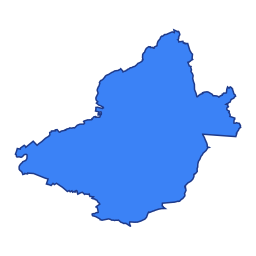 Dumbravita, Maramures, Romania (Natural Earth projection)
{"feature_id": "2599482B34129756727507", "entity_name": "Dumbravita", "entity_type": "district", "adm_level": 2, "iso_a3": "ROU", "parent_name": "Romania", "parent_adm1": "Maramures", "projection": "natural_earth1", "projection_center": [23.656, 47.6], "detail": "fine", "context": "isolated", "style": "filled", "palette": "blue", "viewbox_px": 256, "rotation_deg": 0, "n_neighbors": 0, "source": "geoboundaries", "source_scale": "gbopen_adm2", "svg_char_len": 5729}
<svg xmlns="http://www.w3.org/2000/svg" viewBox="0 0 256 256"><path d="M209.1,147.4L208.8,147.2L207.7,147.2L207.3,146.7L207.2,144.8L206.8,143.3L204.9,139.0L204.4,137.6L202.8,134.7L202.7,134.2L235.8,136.6L236.6,134.1L236.4,133.3L236.9,133.1L236.9,132.4L238.8,129.6L239.0,128.6L239.8,128.1L240.0,127.6L240.6,127.4L240.4,126.8L240.5,125.7L240.3,125.5L240.2,124.9L239.7,124.7L239.5,123.6L239.2,123.3L238.4,123.3L236.3,122.7L235.6,123.2L234.0,123.2L233.9,122.6L234.0,120.4L234.4,119.4L234.7,119.3L234.8,118.1L229.8,116.4L230.2,115.1L229.5,113.4L228.8,112.4L229.3,112.0L229.3,111.5L229.0,110.9L227.7,110.4L226.9,109.6L226.8,108.5L227.1,107.6L227.3,107.3L227.8,107.3L228.4,106.7L227.6,105.6L227.6,105.2L227.8,105.0L227.1,104.4L226.0,104.3L226.6,103.8L228.0,103.4L228.7,102.6L230.0,102.2L231.1,99.5L233.5,98.3L234.1,97.8L234.4,97.0L235.6,96.2L235.0,94.7L233.9,93.9L233.2,91.4L232.6,89.8L232.6,89.0L231.7,88.2L231.6,87.7L230.2,86.9L229.0,88.2L227.6,86.9L226.8,89.2L226.4,92.8L225.3,93.1L223.7,93.1L222.7,94.2L222.2,94.3L222.2,95.2L220.3,95.9L218.9,97.1L217.8,96.3L216.3,95.9L214.1,95.7L213.1,95.8L212.3,94.4L208.4,92.1L207.0,91.8L203.9,92.2L203.6,92.7L202.5,92.7L202.2,93.2L202.6,93.3L202.6,93.5L201.3,94.0L200.9,94.0L200.5,94.4L200.1,94.4L199.9,94.7L198.5,95.6L197.8,96.5L197.1,96.8L196.8,96.6L196.1,93.5L194.5,89.5L194.4,84.2L193.4,81.4L192.7,78.4L193.1,75.8L193.0,75.3L192.4,73.7L191.0,71.6L191.1,70.7L191.5,70.0L190.8,67.6L190.8,66.9L191.0,66.5L189.3,66.0L187.9,62.3L189.2,62.0L189.3,61.7L190.1,61.3L191.3,60.2L192.7,59.5L192.1,58.5L192.5,54.2L191.5,53.3L189.8,50.4L187.7,43.5L185.8,43.7L185.8,43.4L184.7,43.5L184.6,42.9L183.4,43.0L182.9,41.3L178.8,41.9L178.8,41.4L178.3,40.2L178.1,40.0L178.3,40.0L178.2,39.5L178.8,38.0L178.6,37.6L178.6,37.0L178.8,36.9L179.2,35.7L179.7,35.0L179.8,34.3L179.0,32.1L178.7,31.7L178.2,31.7L178.0,31.3L177.3,31.6L176.5,31.1L173.9,29.9L174.3,31.6L174.3,32.6L172.2,31.9L167.5,33.9L166.6,34.4L164.4,34.6L163.7,35.4L162.4,36.3L161.8,36.1L160.6,37.2L160.1,38.8L158.3,40.9L157.8,41.8L157.2,43.7L157.0,45.7L154.2,47.1L154.1,47.4L154.1,48.1L153.3,48.1L152.4,47.4L150.6,47.6L150.2,47.4L150.3,46.8L148.7,46.7L146.3,48.4L145.2,50.4L144.5,52.4L143.6,53.0L142.7,54.4L142.5,57.5L143.0,59.7L142.4,59.8L142.3,60.8L141.6,61.5L139.8,62.6L137.9,63.4L136.8,64.7L134.8,66.4L133.1,66.8L131.8,67.6L130.2,67.8L129.1,68.8L127.7,69.3L127.5,69.7L126.2,70.3L126.0,70.7L125.5,71.0L123.8,71.4L123.0,71.9L122.5,70.8L120.7,68.7L120.0,69.5L118.9,69.9L118.4,70.4L114.8,70.9L112.5,72.2L111.8,72.4L108.7,74.4L107.1,75.0L106.1,75.5L105.3,76.2L104.9,76.7L104.9,77.1L103.9,78.1L103.4,78.9L101.3,80.5L100.8,80.5L100.2,81.2L99.5,82.4L99.4,82.7L99.8,83.4L98.9,86.2L98.3,86.9L97.3,89.4L97.2,90.5L98.0,92.7L98.0,93.5L96.0,97.4L95.9,98.4L96.0,99.4L96.4,100.4L97.8,101.8L96.4,103.1L99.0,105.2L100.3,105.6L102.9,107.0L103.4,107.4L103.4,107.9L102.6,107.8L102.3,108.5L97.5,107.2L95.9,107.4L95.9,109.2L95.5,111.0L98.4,111.8L98.6,112.4L100.9,111.8L101.1,112.1L101.4,113.0L101.3,114.1L99.9,113.8L98.1,113.9L98.1,115.0L99.4,114.9L100.6,115.2L99.7,117.2L95.9,117.3L95.9,116.8L95.5,116.8L95.3,116.5L93.6,117.0L93.4,117.6L91.9,118.6L92.1,119.4L91.2,119.8L87.5,119.9L83.9,121.1L83.6,121.5L84.3,122.3L84.5,123.3L83.6,124.1L79.9,124.2L77.3,125.2L74.6,127.9L73.6,127.7L71.3,128.2L69.8,127.9L69.3,128.4L66.6,129.1L66.0,129.6L65.4,129.7L65.6,130.2L61.2,131.1L60.2,131.9L59.5,132.2L59.3,132.2L58.3,131.1L57.1,129.6L55.3,129.9L55.5,130.8L51.5,131.0L51.5,131.6L51.3,131.8L49.7,132.5L49.9,134.9L49.1,135.6L48.9,136.2L45.5,138.2L41.9,141.5L38.7,143.8L37.1,145.3L33.2,141.2L25.8,147.3L25.4,146.3L24.2,145.3L20.5,148.0L20.3,149.1L17.3,148.5L16.4,151.6L15.4,154.2L16.3,154.9L16.4,156.2L16.7,156.8L17.2,157.0L19.1,156.8L21.1,157.3L22.5,156.6L23.9,155.0L24.7,154.5L26.1,154.3L27.0,154.9L27.1,155.7L26.9,158.6L25.8,160.4L22.7,161.8L22.4,162.4L20.4,164.3L19.2,166.3L19.1,167.5L19.2,169.3L19.9,170.3L21.6,171.7L22.3,172.9L22.8,174.5L24.6,174.0L24.7,173.5L27.5,173.9L27.6,173.1L33.6,173.5L44.8,178.0L48.1,179.0L46.4,184.0L48.0,184.5L48.1,184.3L51.1,185.5L53.0,183.4L54.3,184.6L56.5,183.3L62.5,187.3L67.4,191.5L69.1,190.6L70.2,191.8L71.9,190.8L72.6,192.2L74.2,191.4L74.5,192.0L75.4,192.0L75.3,191.5L75.6,191.5L75.9,190.7L76.2,190.5L76.8,190.7L77.1,191.2L77.5,192.5L77.3,192.6L77.8,194.2L80.8,192.7L82.4,192.3L84.6,194.4L85.3,194.0L88.0,194.3L89.3,194.1L89.5,195.6L90.0,196.5L90.8,196.4L92.2,196.7L92.2,197.2L92.4,197.2L93.1,196.7L93.5,196.8L92.0,198.3L93.2,198.8L94.7,198.9L95.1,199.5L96.8,200.2L97.3,200.7L97.6,201.6L98.7,202.8L99.3,203.1L99.8,204.1L96.0,206.8L96.0,207.0L96.9,207.1L97.2,207.6L97.8,209.5L98.2,212.3L97.7,212.6L96.4,212.6L94.4,213.7L93.2,213.6L92.1,214.1L92.2,215.0L92.7,215.8L94.1,216.1L95.9,216.7L99.9,218.9L100.2,219.8L100.9,219.8L102.0,220.2L108.6,218.9L110.5,219.4L111.5,220.1L113.8,220.2L114.5,220.5L115.8,220.2L117.6,220.3L118.5,220.1L121.0,222.3L121.9,222.5L123.8,223.5L124.4,223.3L125.1,223.5L125.8,223.3L130.1,226.1L130.4,226.1L130.4,225.7L129.9,224.8L129.6,223.8L129.6,222.9L129.9,221.9L134.5,222.2L137.5,222.1L140.9,221.0L144.9,219.1L146.5,217.3L147.6,214.2L148.4,212.5L148.9,212.0L149.5,212.5L152.9,211.1L153.9,210.9L154.8,210.4L158.8,209.1L161.7,208.6L165.2,208.5L163.4,207.2L163.1,206.5L162.2,205.8L162.4,203.2L174.7,202.1L178.1,201.2L178.4,201.4L179.6,201.2L181.3,199.4L182.7,198.6L184.8,196.0L184.9,194.9L184.5,193.7L186.0,190.4L185.7,188.5L185.2,188.0L185.4,187.9L185.6,187.0L185.4,186.7L184.8,186.6L184.8,186.2L187.9,182.9L190.8,181.2L192.7,179.3L193.9,176.7L193.9,174.4L194.1,174.2L194.2,174.5L194.4,174.0L195.1,173.9L195.7,173.3L197.2,171.5L197.1,168.6L197.7,167.1L197.8,164.1L198.5,161.3L199.9,159.2L201.0,156.3L202.3,154.8L203.1,153.2L206.1,150.5L207.7,147.9L208.3,147.5L209.1,147.4Z" fill="#3b82f6" stroke="#1e3a8a" stroke-width="1.5"/></svg>